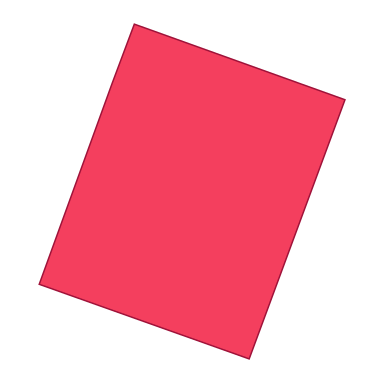 outline of Thomas, Nebraska, United States of America, rotated 110°
{"feature_id": "52423323B67335599422711", "entity_name": "Thomas", "entity_type": "district", "adm_level": 2, "iso_a3": "USA", "parent_name": "United States of America", "parent_adm1": "Nebraska", "projection": "orthographic", "projection_center": [-100.534, 41.914], "detail": "fine", "context": "isolated", "style": "filled", "palette": "rose", "viewbox_px": 384, "rotation_deg": 110, "n_neighbors": 0, "source": "geoboundaries", "source_scale": "gbopen_adm2", "svg_char_len": 238}
<svg xmlns="http://www.w3.org/2000/svg" viewBox="0 0 384 384"><g transform="rotate(110 192 192)"><path d="M329.3,81.2L53.0,79.8L54.0,303.6L116.7,304.2L331.0,304.0L329.3,81.2Z" fill="#f43f5e" stroke="#9f1239" stroke-width="1.5"/></g></svg>